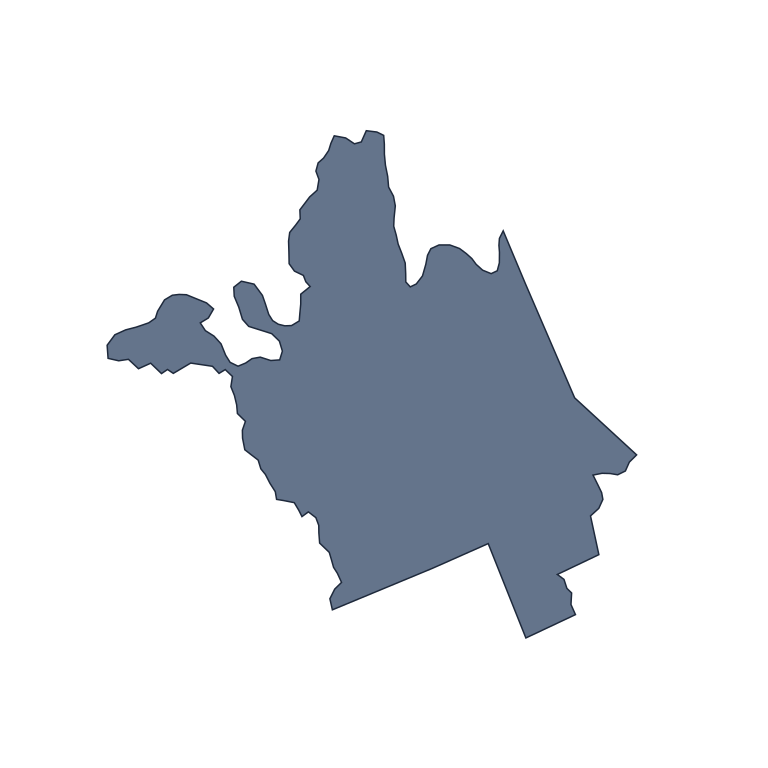 Coronel Freitas, Santa Catarina, Brazil (Albers equal-area conic projection), rotated 24°
{"feature_id": "56859067B46067281388055", "entity_name": "Coronel Freitas", "entity_type": "district", "adm_level": 2, "iso_a3": "BRA", "parent_name": "Brazil", "parent_adm1": "Santa Catarina", "projection": "albers", "projection_center": [-52.766, -26.88], "detail": "fine", "context": "isolated", "style": "filled", "palette": "slate", "viewbox_px": 768, "rotation_deg": 24, "n_neighbors": 0, "source": "geoboundaries", "source_scale": "gbopen_adm2", "svg_char_len": 2366}
<svg xmlns="http://www.w3.org/2000/svg" viewBox="0 0 768 768"><g transform="rotate(24 384 384)"><path d="M147.6,409.6L148.4,416.8L144.2,423.8L139.4,428.3L134.3,433.0L126.0,439.6L118.1,448.5L115.3,461.2L121.5,472.8L132.2,470.7L140.5,465.4L153.5,469.9L162.4,459.9L176.5,465.0L180.3,458.8L187.2,460.0L198.9,443.5L220.1,437.6L229.0,441.4L233.1,435.4L242.5,438.8L245.2,448.7L252.0,455.3L257.9,463.0L262.1,470.6L272.6,474.5L273.4,483.8L276.8,491.0L283.6,500.7L292.1,502.8L300.0,504.7L306.0,511.6L312.5,514.9L320.2,521.1L328.5,526.6L332.8,533.1L339.7,531.3L350.3,528.9L357.5,534.0L363.0,538.5L366.9,531.6L376.1,533.8L381.9,539.7L385.1,546.6L389.9,555.5L402.5,560.1L408.1,566.7L412.5,572.0L418.4,575.9L425.9,582.5L422.4,591.4L421.9,602.2L428.7,611.3L503.1,532.8L544.1,487.4L616.9,558.3L652.7,516.8L644.5,509.4L640.4,498.6L634.2,496.3L627.9,489.3L619.8,487.5L649.7,452.5L626.3,420.5L630.8,410.3L630.9,400.4L627.0,394.7L620.6,389.3L612.0,382.2L619.5,376.9L627.0,373.8L634.4,371.9L639.9,365.3L639.9,355.6L643.6,346.0L563.8,319.1L472.1,234.6L430.6,195.6L430.2,204.0L432.6,210.6L435.9,216.7L440.1,226.4L441.4,234.5L437.0,239.6L427.8,239.9L419.5,237.2L413.3,233.7L406.2,231.4L397.9,229.5L387.6,230.2L377.7,234.6L371.8,241.3L371.4,248.7L373.5,257.6L375.2,269.6L372.8,279.5L368.5,284.6L362.4,281.9L359.0,274.5L354.2,264.9L347.0,257.3L340.0,250.4L334.6,243.0L328.7,235.9L325.7,228.3L321.9,216.7L316.3,208.6L308.1,202.2L302.9,192.8L296.3,183.5L290.9,173.9L286.8,164.8L282.6,157.0L275.0,156.7L264.8,159.8L264.8,172.1L259.3,176.6L248.9,174.8L237.6,177.5L237.6,185.7L238.5,193.2L236.9,202.2L233.9,208.8L235.2,217.2L241.4,223.6L244.1,234.1L240.0,243.3L238.0,251.9L236.3,259.1L240.3,267.2L238.7,274.5L236.2,283.9L238.7,292.3L243.4,302.0L248.4,312.7L256.3,317.3L266.2,317.6L271.0,322.4L276.9,325.0L271.4,335.8L275.4,344.8L278.5,354.0L280.9,360.9L275.8,368.2L269.7,371.2L263.1,372.4L256.5,371.4L250.4,367.3L242.9,358.9L236.9,352.5L224.7,345.6L211.9,348.1L207.4,356.7L211.5,364.8L220.1,372.9L228.4,382.5L237.0,386.4L247.6,385.2L254.4,384.4L261.0,383.7L271.0,387.4L277.8,395.3L278.9,404.4L271.0,408.6L260.0,409.8L253.1,414.5L249.1,421.1L243.4,427.1L234.6,426.8L227.6,422.1L218.8,413.6L209.2,409.4L199.1,407.9L191.3,402.9L196.7,395.1L197.8,384.8L188.9,382.1L176.7,382.5L167.2,382.8L160.4,385.5L154.5,389.0L149.3,396.4L147.6,409.6Z" fill="#64748b" stroke="#1e293b" stroke-width="1.5"/></g></svg>